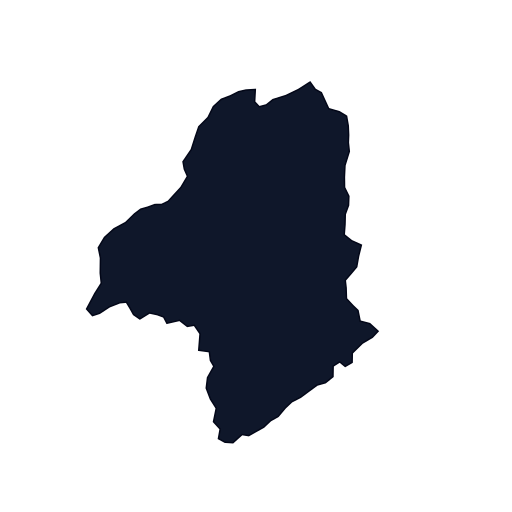 outline of São Brás do Suaçuí, Minas Gerais, Brazil, rotated 208°
{"feature_id": "56859067B55981739158255", "entity_name": "São Brás do Suaçuí", "entity_type": "district", "adm_level": 2, "iso_a3": "BRA", "parent_name": "Brazil", "parent_adm1": "Minas Gerais", "projection": "equal_earth", "projection_center": [-43.972, -20.628], "detail": "fine", "context": "isolated", "style": "filled", "palette": "ink", "viewbox_px": 512, "rotation_deg": 208, "n_neighbors": 0, "source": "geoboundaries", "source_scale": "gbopen_adm2", "svg_char_len": 1580}
<svg xmlns="http://www.w3.org/2000/svg" viewBox="0 0 512 512"><g transform="rotate(208 256 256)"><path d="M380.7,129.7L372.4,126.6L367.2,132.0L361.5,142.4L354.3,150.8L348.8,154.4L342.8,150.8L336.6,146.8L329.0,145.9L323.3,155.7L315.6,157.9L308.9,158.8L303.1,154.8L293.3,163.3L283.6,161.6L278.0,165.9L268.9,161.1L262.3,145.9L252.3,149.6L247.2,142.4L241.4,138.8L241.7,125.9L237.9,116.0L229.1,108.3L219.6,102.9L215.7,89.7L206.4,86.4L203.4,77.1L196.0,77.0L188.7,80.3L184.5,91.8L178.1,94.0L174.1,100.3L168.8,108.5L165.8,117.4L161.1,124.8L158.8,135.6L156.0,144.0L150.3,152.2L146.5,160.2L141.4,170.8L135.2,176.7L131.4,185.6L136.2,195.0L132.4,201.8L125.4,200.4L121.2,207.2L125.4,215.5L121.2,228.9L115.1,238.9L112.9,246.9L123.8,249.7L133.5,247.4L140.4,255.8L147.1,257.7L156.1,260.8L161.5,270.2L165.8,276.5L163.7,285.7L162.0,293.7L165.4,304.2L168.1,315.1L178.8,314.4L188.1,316.2L192.1,325.4L196.8,334.8L198.1,344.2L202.1,352.4L210.0,358.1L215.0,367.2L220.0,377.8L222.7,392.1L227.7,399.5L231.0,406.3L235.7,414.3L241.7,422.0L250.0,422.5L261.0,420.2L269.0,426.3L275.0,430.9L281.9,431.0L289.9,435.0L296.7,422.9L304.9,411.7L314.5,402.0L317.8,394.3L323.2,389.3L329.6,391.5L334.8,402.7L342.8,397.8L348.5,392.9L353.8,385.4L360.2,378.1L363.8,367.9L363.4,355.8L367.2,343.3L365.5,332.7L363.1,319.6L364.7,305.0L360.1,299.1L353.9,294.2L354.5,281.3L357.1,271.4L359.2,263.1L363.5,257.2L369.4,254.0L374.5,248.3L379.8,243.2L383.0,236.3L386.8,224.4L394.2,213.3L398.5,201.3L399.1,189.3L392.4,181.2L385.5,167.8L379.8,159.3L380.7,147.3L380.7,129.7Z" fill="#0f172a" stroke="#020617" stroke-width="1.5"/></g></svg>